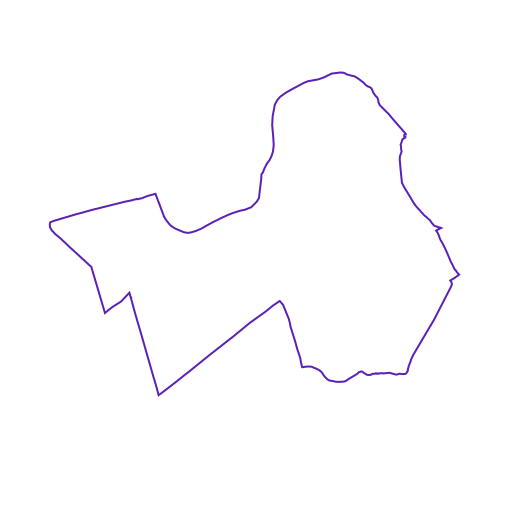 Kota Tanjung Balai, Sumatera Utara, Indonesia, rotated 254°
{"feature_id": "22746128B91306693093612", "entity_name": "Kota Tanjung Balai", "entity_type": "district", "adm_level": 2, "iso_a3": "IDN", "parent_name": "Indonesia", "parent_adm1": "Sumatera Utara", "projection": "mercator", "projection_center": [99.797, 2.973], "detail": "fine", "context": "isolated", "style": "outline", "palette": "violet", "viewbox_px": 512, "rotation_deg": 254, "n_neighbors": 0, "source": "geoboundaries", "source_scale": "gbopen_adm2", "svg_char_len": 5919}
<svg xmlns="http://www.w3.org/2000/svg" viewBox="0 0 512 512"><g transform="rotate(254 256 256)"><path d="M291.5,94.4L291.1,94.7L242.8,95.1L244.7,99.3L246.7,104.4L249.4,113.7L255.6,124.2L251.3,124.1L250.5,124.6L249.9,124.2L243.4,124.1L236.7,124.0L225.6,124.0L218.0,124.1L212.7,124.1L200.4,124.1L197.7,124.1L196.8,124.1L177.2,124.1L172.8,124.1L170.8,124.1L166.9,124.1L163.6,124.2L159.6,124.2L155.4,124.2L152.7,124.1L149.0,124.0L153.7,136.1L157.3,145.1L159.8,151.1L160.4,152.5L162.8,158.4L163.0,159.0L173.9,184.7L183.5,208.4L184.7,211.5L193.5,231.8L199.6,249.0L200.1,250.3L201.5,253.6L203.5,258.1L206.2,266.4L201.5,268.6L201.3,268.6L192.8,269.5L186.8,270.2L181.6,270.1L179.5,269.7L167.3,270.0L162.9,270.1L156.1,270.0L155.1,270.0L146.0,270.4L141.0,269.9L136.4,269.7L136.3,269.8L135.9,273.4L135.7,274.1L135.7,274.4L135.5,274.9L135.1,276.8L134.7,277.6L134.3,278.9L133.8,279.5L133.7,279.7L132.7,280.7L131.7,282.1L130.8,283.1L129.8,284.3L128.7,285.4L128.3,285.8L127.3,286.3L126.7,286.8L125.0,287.6L124.9,287.6L124.1,287.7L123.0,288.1L122.1,288.4L121.6,288.6L120.6,289.0L119.4,289.8L118.9,290.0L117.6,290.8L116.5,291.7L115.9,292.6L115.4,293.8L114.8,294.9L114.2,296.3L113.3,297.6L112.9,298.8L112.3,300.4L112.0,301.8L111.8,302.4L111.7,302.9L111.4,304.2L111.2,305.2L111.0,306.7L111.2,308.4L112.0,310.2L112.5,312.1L114.4,319.3L115.0,321.4L116.0,322.7L115.8,323.7L115.9,324.4L116.1,325.1L115.9,325.8L115.2,326.5L114.7,326.9L114.3,327.1L114.0,327.3L113.9,327.4L113.6,327.7L113.1,328.1L112.2,329.2L111.9,329.3L111.1,330.0L110.9,330.7L110.6,331.2L110.5,331.4L110.5,331.6L110.5,332.1L110.4,332.4L110.3,332.7L110.3,333.1L110.1,333.6L110.2,333.9L110.4,334.6L110.5,334.9L110.6,335.2L110.6,335.3L110.7,335.5L110.5,336.0L110.2,336.9L110.1,337.3L110.1,338.1L110.3,338.8L110.2,338.9L110.1,339.0L109.9,339.1L109.6,339.4L109.7,339.9L109.7,340.4L109.4,340.7L109.3,340.8L109.1,340.9L109.1,341.2L109.1,341.6L109.1,342.2L109.1,342.9L108.9,343.5L108.6,345.0L108.4,345.4L108.1,345.6L108.0,346.2L107.4,349.7L107.3,349.9L107.3,350.3L106.9,352.1L105.4,354.6L105.2,355.0L104.0,356.9L103.2,358.4L103.3,361.7L102.4,363.4L102.3,363.7L101.5,366.9L101.6,367.2L101.7,367.8L102.6,369.0L103.3,369.4L103.5,369.9L103.6,370.1L104.1,370.5L105.4,370.9L108.7,372.9L111.1,374.8L112.5,375.8L113.2,376.2L113.6,376.5L114.8,377.4L118.4,380.7L118.9,381.3L123.4,386.1L126.4,389.2L135.9,399.2L142.3,406.0L145.0,408.9L147.2,411.0L172.5,434.8L174.1,436.1L174.9,436.5L176.2,436.7L177.6,436.5L178.9,436.0L180.1,440.6L182.1,446.1L185.5,444.5L187.0,444.1L188.1,443.4L190.2,442.9L193.1,442.5L196.8,441.7L206.8,440.5L211.5,439.8L216.6,438.8L221.6,437.6L225.5,437.4L228.5,436.9L230.7,436.2L230.9,436.9L231.1,437.6L231.3,438.4L231.4,439.1L231.6,439.9L231.8,440.5L231.9,441.6L232.7,440.6L233.1,439.8L233.6,438.9L234.1,438.3L234.7,437.5L235.2,436.8L235.6,436.2L236.0,435.7L236.4,435.4L237.0,435.1L237.8,434.9L238.4,434.5L239.2,434.2L239.8,433.9L240.8,433.6L242.2,433.2L242.7,433.0L243.3,432.5L243.9,432.1L245.2,431.2L246.2,430.7L247.0,430.2L247.7,429.6L248.4,429.1L250.7,428.0L251.2,427.8L251.6,427.6L252.1,427.3L252.5,427.0L254.1,426.4L255.0,426.0L255.7,425.5L259.6,423.6L262.8,422.5L264.7,421.9L273.8,419.5L281.1,417.4L286.3,416.5L293.0,417.7L296.4,418.3L299.1,418.8L301.8,419.3L309.2,420.8L312.1,421.8L315.2,424.0L316.4,424.8L319.1,425.0L321.3,425.6L323.1,425.7L325.4,427.4L328.0,429.1L328.0,430.0L328.6,431.1L328.6,432.1L329.4,432.4L330.0,431.5L331.5,431.9L331.8,432.5L331.6,433.5L332.5,433.5L335.4,432.1L347.3,426.5L352.1,424.3L355.9,422.7L359.0,420.9L366.8,416.6L370.0,416.0L371.9,416.5L374.2,416.4L375.6,415.9L377.0,415.0L378.3,414.6L380.7,413.8L382.8,413.6L384.7,413.3L385.4,413.0L385.5,413.0L386.9,412.0L388.0,410.4L389.8,408.8L392.8,407.3L395.5,405.3L396.0,405.0L398.5,403.0L400.5,401.3L401.9,399.7L402.9,397.7L403.5,396.7L405.7,393.1L407.1,391.9L408.2,390.3L409.2,387.3L410.5,379.0L409.0,370.7L408.6,364.8L409.5,355.6L409.7,354.3L409.2,349.5L407.3,340.8L407.3,340.6L406.9,338.8L406.0,334.9L405.7,333.5L405.6,333.2L405.0,330.6L403.7,326.7L402.4,323.1L400.0,319.5L399.9,319.3L397.8,317.3L396.8,316.3L396.6,316.1L396.3,315.8L392.4,313.9L391.2,313.3L388.9,312.1L385.7,310.5L377.3,307.6L366.2,305.5L357.7,303.6L351.7,301.1L347.7,298.4L344.2,295.2L343.9,294.7L341.8,291.9L338.0,288.4L336.3,287.0L334.5,285.8L333.1,283.8L328.5,282.2L310.9,274.8L310.6,274.5L309.6,273.4L308.0,271.7L304.1,264.6L304.0,262.6L303.7,259.7L303.6,258.8L303.6,257.0L303.7,256.1L303.8,254.2L303.9,252.6L303.7,246.3L303.6,244.1L303.3,241.7L303.3,241.1L303.1,239.6L301.9,232.1L301.1,227.9L300.8,226.0L300.7,225.6L300.6,224.8L300.0,222.1L298.8,216.7L298.6,216.0L298.5,215.5L298.1,214.3L297.9,213.4L297.8,213.1L297.3,210.4L297.3,210.1L297.2,209.8L297.0,207.5L296.7,205.9L296.6,204.7L296.7,204.4L296.6,203.8L296.6,203.1L296.6,202.3L296.6,201.4L296.6,200.9L296.6,200.5L296.7,198.9L296.8,198.4L297.0,197.2L297.3,196.2L297.7,195.2L297.9,194.9L298.1,194.6L298.3,194.0L298.4,193.8L298.6,193.6L299.0,192.8L299.2,192.6L299.9,191.8L300.2,191.4L300.4,191.2L300.6,190.8L300.9,190.5L301.3,190.0L301.8,189.4L302.4,188.7L303.4,187.4L304.4,186.2L305.9,184.7L307.0,183.8L308.6,182.5L309.0,182.3L309.7,181.9L310.9,181.3L312.5,180.7L313.8,180.1L315.7,179.4L317.0,179.0L317.2,178.9L317.9,178.8L318.3,178.8L318.6,178.6L319.1,178.5L319.9,178.4L324.1,178.1L343.5,176.5L343.6,168.4L343.0,162.2L343.0,161.9L343.0,161.3L343.1,160.9L343.1,160.5L343.1,160.4L343.2,160.2L343.3,159.8L343.0,159.0L343.2,158.4L343.3,157.7L343.5,157.3L343.8,157.1L343.6,156.5L343.6,155.9L343.8,155.3L343.8,153.7L343.8,152.6L343.8,151.1L344.3,145.7L345.1,122.5L345.2,119.1L345.3,115.9L345.4,114.5L345.5,111.8L345.6,99.8L345.7,94.4L345.5,70.9L345.1,67.5L342.9,66.4L340.4,65.9L337.1,66.7L333.6,68.5L332.5,69.0L331.2,69.9L327.7,72.3L327.4,72.5L327.2,72.7L326.8,72.9L326.4,73.2L324.3,74.4L320.7,76.6L317.5,78.4L315.6,79.5L311.5,82.1L301.3,88.3L299.5,89.5L298.1,90.3L295.1,92.1L292.2,93.9L292.0,94.1L291.5,94.4Z" fill="none" stroke="#5b21b6" stroke-width="2"/></g></svg>